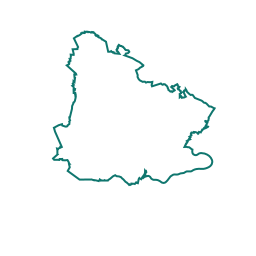 Bronckhorst, Gelderland, Netherlands (Albers equal-area conic projection), rotated 209°
{"feature_id": "6326949B84146286859496", "entity_name": "Bronckhorst", "entity_type": "district", "adm_level": 2, "iso_a3": "NLD", "parent_name": "Netherlands", "parent_adm1": "Gelderland", "projection": "albers", "projection_center": [6.301, 52.053], "detail": "fine", "context": "isolated", "style": "outline", "palette": "teal", "viewbox_px": 256, "rotation_deg": 209, "n_neighbors": 0, "source": "geoboundaries", "source_scale": "gbopen_adm2", "svg_char_len": 5738}
<svg xmlns="http://www.w3.org/2000/svg" viewBox="0 0 256 256"><g transform="rotate(209 128 128)"><path d="M50.5,122.8L49.4,124.2L48.2,125.3L46.5,126.5L42.1,128.9L40.6,130.2L39.2,131.8L38.3,133.1L37.6,134.5L37.4,135.4L37.2,136.6L37.3,137.3L37.8,139.1L38.3,139.9L39.0,140.7L41.1,142.1L43.4,142.9L45.8,143.1L48.6,142.8L52.0,141.5L53.4,140.3L54.4,138.3L55.0,137.5L55.8,137.0L56.7,136.7L58.2,136.7L59.5,137.4L60.4,138.6L61.2,140.4L62.1,140.3L63.5,140.6L65.2,140.8L66.4,140.2L67.8,139.8L69.4,138.8L69.6,141.8L69.4,141.7L69.2,145.0L70.2,145.2L69.5,146.6L68.2,148.2L69.3,148.5L68.9,150.0L70.0,150.2L68.9,152.3L69.1,152.6L70.2,153.2L70.3,154.2L69.9,154.2L69.9,155.1L68.1,155.7L68.4,156.5L67.0,157.1L65.3,157.4L63.9,156.9L63.7,157.4L64.0,159.0L62.2,159.5L62.3,160.0L62.2,160.7L62.3,162.3L61.9,162.3L61.5,165.0L61.3,165.4L61.0,165.2L61.0,165.8L60.0,165.5L58.6,167.8L58.6,168.0L58.8,168.0L60.5,167.3L61.1,167.5L61.2,168.0L60.9,169.2L61.2,170.1L61.4,170.3L61.2,170.9L63.1,171.0L63.8,171.5L63.7,171.7L62.6,171.9L62.4,172.1L61.6,172.4L61.4,173.8L61.9,175.0L61.9,175.4L62.5,176.1L62.6,176.5L62.4,177.5L62.2,183.4L62.1,183.9L61.9,185.9L61.8,186.0L61.8,187.2L62.9,187.0L65.8,187.0L67.4,186.2L71.2,187.4L72.6,187.5L73.4,187.1L74.1,187.0L75.8,187.5L77.0,187.6L84.1,186.7L87.3,188.2L88.2,188.1L89.1,187.3L90.5,187.4L93.7,188.2L94.0,188.3L95.1,189.3L96.3,189.9L96.1,189.5L97.0,188.0L96.5,187.6L97.3,186.0L96.2,185.9L93.8,184.1L92.7,183.5L92.8,183.4L93.4,182.2L95.5,180.6L95.8,181.1L97.3,181.7L97.7,181.6L97.6,180.6L97.5,180.1L97.6,179.9L98.8,182.1L99.3,182.8L98.7,183.7L98.5,184.1L99.0,185.0L99.7,185.3L99.8,185.8L100.0,186.0L100.7,185.8L101.8,186.4L102.3,186.3L102.7,186.1L103.2,186.3L103.7,186.7L103.8,187.0L103.1,187.7L102.9,188.6L102.9,188.8L103.6,188.6L104.2,189.0L104.9,189.0L105.3,189.3L105.5,189.9L106.2,190.2L107.8,187.6L107.8,186.9L108.6,186.4L109.8,186.1L109.9,185.8L109.7,185.3L110.0,184.8L105.7,183.8L105.4,183.6L106.8,181.0L107.5,181.4L108.3,180.7L108.6,180.4L110.6,180.9L111.1,180.9L111.4,181.4L112.6,182.2L112.6,182.4L113.0,182.6L113.3,183.0L114.9,183.8L115.8,183.7L116.6,184.1L117.5,183.9L118.2,183.5L118.3,183.0L118.7,182.6L119.8,182.6L120.8,182.9L127.2,176.1L128.2,177.0L128.5,178.6L129.1,180.1L130.4,179.0L133.3,177.6L134.3,176.4L135.6,176.7L136.5,176.3L137.5,175.5L140.8,175.4L142.5,176.0L144.4,177.3L145.2,179.0L149.0,182.3L147.3,184.6L146.7,186.6L145.6,188.2L145.1,189.1L145.3,189.2L144.9,189.8L145.0,190.0L145.0,190.3L149.9,191.2L152.9,191.0L157.9,191.2L166.1,189.9L165.7,190.5L165.8,191.4L166.0,192.0L164.3,193.5L163.8,195.2L163.9,195.4L165.3,196.1L167.9,195.1L168.9,195.4L169.5,195.9L170.4,196.0L170.8,196.3L171.8,196.6L172.2,196.3L173.4,196.6L174.6,195.9L175.1,196.2L176.3,196.3L176.4,195.7L176.2,195.6L176.2,195.1L176.5,194.3L175.8,193.6L175.9,193.2L175.6,193.1L175.8,191.8L175.6,191.9L175.6,191.5L175.8,191.5L175.3,190.0L174.0,190.0L171.5,188.7L176.2,186.7L177.1,187.3L177.7,186.7L178.2,187.1L178.9,186.7L180.0,187.1L180.6,186.0L182.3,185.1L189.1,192.8L193.5,193.0L193.8,192.8L194.3,193.0L194.5,193.3L196.1,193.4L197.2,193.1L198.4,193.2L198.4,194.1L199.5,194.3L199.8,193.5L200.5,193.7L200.7,193.2L201.6,193.5L201.7,194.2L203.0,194.6L203.7,194.6L204.6,195.1L205.8,194.6L205.5,194.2L206.9,193.4L207.5,193.5L209.4,192.8L209.5,192.4L210.3,192.5L210.8,192.3L211.4,191.4L211.7,191.4L211.5,191.1L211.7,190.7L212.5,190.7L212.2,189.9L212.7,189.6L214.3,189.2L214.4,188.6L214.8,188.2L214.4,187.9L215.3,185.9L216.7,183.8L217.0,183.9L218.8,180.2L210.9,174.6L210.9,173.5L210.5,172.5L214.6,170.0L211.4,166.5L211.0,165.6L213.7,164.4L212.7,163.0L212.4,161.9L211.8,160.9L211.8,160.0L212.2,159.9L211.0,158.9L211.6,158.2L211.2,157.8L211.9,157.0L211.4,156.6L211.5,156.4L210.6,155.9L210.5,155.5L210.5,155.2L211.9,153.1L200.2,150.4L199.5,150.0L199.4,149.9L200.0,149.7L199.8,149.2L200.9,148.7L199.0,145.9L198.6,146.1L197.1,142.3L198.4,142.6L197.6,140.8L197.8,140.0L196.3,139.4L197.2,137.9L195.2,137.4L194.5,135.8L193.2,136.4L192.8,135.1L193.8,134.5L192.5,132.3L191.1,133.1L190.3,132.2L190.6,132.0L190.4,131.8L190.5,131.7L190.1,131.3L189.1,129.9L188.9,130.1L188.5,129.1L187.6,125.9L187.6,124.9L188.0,124.0L187.8,123.9L187.5,120.1L186.3,117.6L183.9,108.7L184.3,108.6L183.4,107.3L182.4,106.7L182.5,105.4L182.4,105.4L181.8,104.4L181.8,104.2L181.2,103.0L182.1,101.0L181.9,100.2L182.3,99.6L183.4,98.9L186.7,98.3L187.2,98.7L187.6,99.3L190.2,96.6L190.3,96.3L192.2,93.4L192.3,92.9L192.9,92.3L190.1,89.5L176.7,79.3L177.5,78.3L177.8,78.3L177.6,78.0L179.2,76.0L179.1,75.8L180.1,75.6L178.9,74.2L177.0,70.7L176.8,70.7L178.8,65.0L178.2,64.7L177.2,64.4L174.5,65.9L172.5,66.8L172.4,67.2L172.7,67.8L170.9,68.8L170.6,69.0L170.2,68.2L169.7,68.1L167.4,69.2L165.4,70.6L163.5,69.5L162.1,68.3L161.7,68.2L162.1,67.8L159.9,65.4L159.9,61.2L145.3,59.4L134.9,65.3L132.4,65.8L132.4,66.0L130.5,66.7L128.2,67.3L128.3,67.5L128.1,67.9L126.9,68.5L127.4,69.3L125.6,69.3L123.6,70.4L123.2,71.0L122.8,70.8L120.1,72.3L120.1,72.9L118.9,75.2L117.7,78.5L116.3,80.5L114.7,80.3L112.3,81.3L110.2,81.6L108.9,81.1L107.1,80.8L104.0,79.7L102.6,79.7L101.7,79.4L100.4,79.2L99.5,78.8L99.1,79.6L98.5,79.3L97.4,80.9L97.7,81.2L95.5,82.2L94.9,82.3L94.5,84.4L93.6,84.2L92.6,84.5L93.8,88.3L93.9,89.0L93.8,89.8L93.1,89.6L91.6,89.6L91.6,92.0L91.2,95.0L91.2,95.9L91.5,97.3L92.4,99.0L91.9,98.8L91.7,98.3L91.3,99.0L90.6,98.3L90.7,98.0L90.6,97.7L90.8,97.4L91.0,96.0L90.8,95.8L89.9,95.3L90.0,94.3L90.7,93.9L91.2,92.9L90.8,91.7L90.5,91.6L90.1,92.7L89.2,94.0L87.5,95.6L86.9,96.0L86.2,96.1L85.0,96.0L83.1,95.0L81.6,94.9L80.5,95.1L77.9,96.5L76.4,96.9L74.3,97.0L72.0,96.7L70.4,97.1L69.3,98.0L68.7,99.1L68.1,101.2L67.4,106.0L67.0,107.0L65.8,109.1L64.8,109.9L62.6,111.0L61.5,111.9L60.1,113.7L57.4,115.7L56.2,117.7L55.7,118.4L54.6,119.1L52.3,120.3L51.5,121.0L50.5,122.8Z" fill="none" stroke="#0f766e" stroke-width="2"/></g></svg>